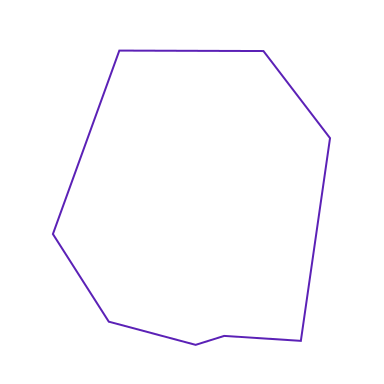 Al Hawtah, Lahij, Yemen (Albers equal-area conic projection), rotated 189°
{"feature_id": "15242507B35163519047813", "entity_name": "Al Hawtah", "entity_type": "district", "adm_level": 2, "iso_a3": "YEM", "parent_name": "Yemen", "parent_adm1": "Lahij", "projection": "albers", "projection_center": [44.876, 13.061], "detail": "fine", "context": "isolated", "style": "outline", "palette": "violet", "viewbox_px": 384, "rotation_deg": 189, "n_neighbors": 0, "source": "geoboundaries", "source_scale": "gbopen_adm2", "svg_char_len": 267}
<svg xmlns="http://www.w3.org/2000/svg" viewBox="0 0 384 384"><g transform="rotate(189 192 192)"><path d="M64.1,266.8L143.5,342.4L285.9,320.3L322.8,128.7L253.9,50.9L164.5,41.6L137.7,54.9L61.2,62.0L64.1,266.8Z" fill="none" stroke="#5b21b6" stroke-width="2"/></g></svg>